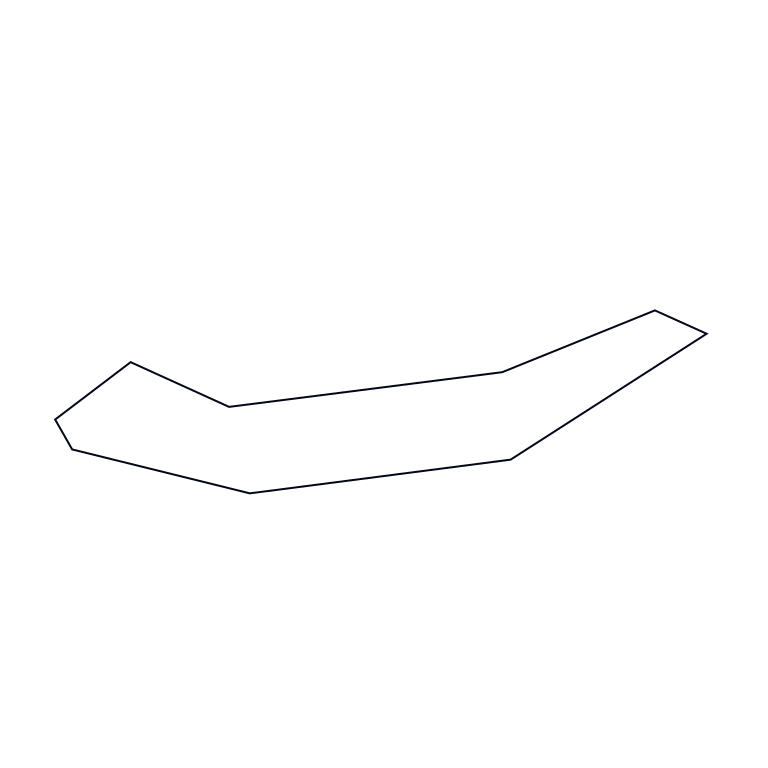 the district of Sanaga-Maritime, Littoral, Cameroon, rotated 247°
{"feature_id": "32672807B64707946298331", "entity_name": "Sanaga-Maritime", "entity_type": "district", "adm_level": 2, "iso_a3": "CMR", "parent_name": "Cameroon", "parent_adm1": "Littoral", "projection": "orthographic", "projection_center": [9.637, 3.621], "detail": "fine", "context": "isolated", "style": "outline", "palette": "ink", "viewbox_px": 768, "rotation_deg": 247, "n_neighbors": 0, "source": "geoboundaries", "source_scale": "gbopen_adm2", "svg_char_len": 284}
<svg xmlns="http://www.w3.org/2000/svg" viewBox="0 0 768 768"><g transform="rotate(247 384 384)"><path d="M503.1,159.3L479.8,67.4L445.6,71.4L335.8,217.7L264.9,471.0L304.2,700.6L345.9,662.1L348.7,497.4L423.5,232.4L503.1,159.3Z" fill="none" stroke="#020617" stroke-width="2"/></g></svg>